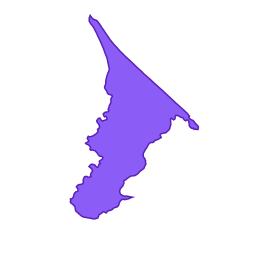 the district of Jandaíra, Bahia, Brazil, rotated 286°
{"feature_id": "56859067B28100829711010", "entity_name": "Jandaíra", "entity_type": "district", "adm_level": 2, "iso_a3": "BRA", "parent_name": "Brazil", "parent_adm1": "Bahia", "projection": "mercator", "projection_center": [-37.598, -11.607], "detail": "fine", "context": "isolated", "style": "filled", "palette": "violet", "viewbox_px": 256, "rotation_deg": 286, "n_neighbors": 0, "source": "geoboundaries", "source_scale": "gbopen_adm2", "svg_char_len": 4429}
<svg xmlns="http://www.w3.org/2000/svg" viewBox="0 0 256 256"><g transform="rotate(286 128 128)"><path d="M41.3,92.8L40.2,93.6L39.9,94.8L39.0,96.8L37.6,98.8L35.8,99.6L34.0,100.5L33.1,102.2L32.5,103.4L31.7,105.0L31.1,106.4L30.5,107.7L30.2,109.1L30.3,111.0L30.8,115.9L31.1,119.3L31.3,120.7L32.3,122.5L33.2,123.8L35.4,124.0L37.1,124.2L37.9,125.4L39.4,126.4L40.8,127.4L40.6,129.0L40.3,130.4L41.9,131.1L43.1,131.9L43.6,133.1L44.5,134.5L45.7,135.6L47.3,136.4L48.2,137.8L49.0,139.1L50.2,140.0L51.9,140.4L53.0,140.2L54.7,140.4L56.6,141.2L58.2,142.6L58.1,143.9L58.7,145.5L59.8,147.4L60.4,148.5L61.4,149.5L62.7,151.3L62.1,144.9L61.5,143.8L61.4,142.6L61.7,141.0L62.2,139.2L63.1,138.3L64.9,137.4L67.2,137.3L68.7,137.9L69.9,138.5L71.1,139.1L72.4,139.1L74.1,139.3L75.2,138.7L76.4,138.6L77.5,140.1L78.8,140.8L79.8,141.6L80.9,142.4L81.9,143.4L83.0,144.7L83.4,146.1L84.1,147.6L85.6,149.2L87.3,150.4L89.3,151.2L90.7,152.3L92.1,153.4L93.5,154.4L95.2,154.6L96.8,154.7L98.2,155.2L99.5,154.4L101.3,154.0L102.3,153.2L103.7,152.0L104.6,150.6L106.0,150.1L107.9,149.7L109.1,150.0L110.8,150.4L112.3,150.6L113.8,151.4L115.6,151.7L117.0,152.0L119.3,152.8L120.4,154.0L120.6,155.3L121.7,156.7L123.2,157.1L124.0,158.3L125.6,160.3L126.9,161.4L128.0,162.6L129.0,161.7L130.2,160.7L131.4,161.2L132.2,162.3L133.0,163.9L133.7,165.5L134.8,166.3L136.2,167.1L137.5,167.9L139.3,168.3L141.0,168.1L142.9,168.3L144.2,167.8L146.4,167.1L147.9,166.4L149.3,166.9L148.9,168.2L148.4,169.6L149.9,170.7L151.4,170.2L153.3,170.6L153.7,172.0L153.4,173.9L152.9,175.8L152.9,178.0L151.9,179.1L151.1,180.2L150.8,181.4L151.8,182.2L152.1,183.4L151.1,184.6L149.9,185.0L148.6,185.9L147.3,186.1L146.4,186.9L145.6,188.4L145.2,189.8L145.8,191.0L144.9,191.9L145.6,193.2L145.5,194.5L145.8,195.6L147.2,195.6L148.6,195.3L149.5,194.3L150.1,193.1L150.7,192.0L151.5,190.7L152.4,189.8L153.2,188.4L153.3,187.1L153.8,185.1L154.9,183.4L156.3,183.9L157.1,182.5L158.1,181.5L159.0,179.8L159.6,178.6L160.2,177.4L160.8,176.2L161.5,174.7L162.2,173.2L162.9,172.0L163.4,170.8L164.1,169.4L164.8,168.0L165.3,166.8L166.1,165.4L166.8,164.0L167.5,162.7L168.5,160.7L169.4,158.9L170.2,157.3L170.8,156.2L171.4,155.0L172.1,153.6L172.8,152.3L173.4,151.1L174.2,149.4L174.9,148.0L176.3,145.0L176.9,144.0L177.6,142.3L179.0,139.6L179.7,138.2L180.4,136.9L181.1,135.5L181.6,134.4L182.7,132.0L183.5,130.5L184.2,128.7L185.4,126.7L186.2,125.3L187.6,122.3L188.8,119.9L190.3,117.1L191.4,115.0L192.8,112.3L194.1,109.8L195.1,107.8L195.9,106.1L197.0,104.1L198.2,102.0L199.6,99.2L201.6,96.2L202.4,95.0L203.8,92.5L205.0,90.6L205.9,89.4L206.9,87.9L208.5,85.7L209.8,84.3L210.6,83.3L211.7,82.0L212.8,80.6L213.6,79.6L215.1,77.9L216.5,76.2L217.5,74.9L218.5,73.8L219.7,72.5L220.9,71.0L221.9,69.5L222.7,68.4L222.9,66.9L222.8,65.6L223.8,63.1L225.8,60.6L223.2,60.4L220.1,61.2L217.9,63.5L216.5,65.5L215.0,67.4L210.8,71.3L206.7,74.9L204.7,76.7L201.1,79.6L197.8,82.4L194.6,84.6L189.1,88.8L184.4,91.2L181.8,92.6L179.9,93.7L178.7,93.9L177.3,93.8L174.5,93.5L172.0,93.4L169.8,93.5L167.4,93.6L165.6,94.1L164.4,94.4L162.8,94.3L161.1,94.1L159.8,94.8L158.7,96.0L157.8,97.2L156.6,98.1L155.7,98.8L155.1,99.9L155.0,101.4L155.2,103.2L154.0,104.3L152.7,103.7L150.7,103.6L149.3,104.2L148.0,104.6L146.6,104.3L144.8,103.9L142.4,104.0L140.5,103.7L139.6,104.8L138.1,104.4L137.4,102.8L136.8,101.6L135.7,100.8L134.6,100.3L133.6,100.9L132.2,102.3L133.1,103.7L132.1,104.8L130.6,105.3L129.7,104.5L128.9,103.2L127.9,102.0L127.8,100.7L128.7,99.5L129.8,98.3L129.1,96.9L127.8,96.4L126.7,95.9L125.1,96.6L124.2,98.1L123.0,99.4L121.9,100.0L120.4,100.5L119.2,99.7L118.2,99.1L117.2,100.0L115.2,99.8L113.7,99.0L112.8,98.2L111.9,97.5L110.7,96.4L109.8,95.1L108.9,93.6L109.1,92.1L107.6,91.7L106.4,91.9L105.7,93.0L104.6,94.0L103.2,92.8L101.7,91.4L101.0,92.6L101.0,94.4L100.0,96.3L98.7,97.5L97.3,97.2L96.4,98.0L96.9,99.4L97.0,100.5L97.1,102.6L95.9,104.5L95.0,105.9L93.9,107.1L93.1,108.6L93.5,110.9L92.4,112.1L91.0,111.9L89.7,110.8L88.3,109.6L86.8,110.1L86.1,111.2L84.9,110.0L83.6,110.0L82.2,110.0L81.7,108.9L82.3,107.8L83.2,106.5L83.5,104.8L83.1,102.8L81.9,101.9L80.2,101.1L79.4,102.7L79.0,104.1L78.0,104.9L76.7,105.9L75.2,105.2L74.1,104.8L72.3,105.0L71.1,105.9L70.4,104.8L69.6,103.2L70.1,102.1L69.9,100.9L69.1,99.6L67.8,99.4L65.8,99.2L64.1,99.8L62.9,100.2L61.8,99.6L60.7,98.1L60.1,96.5L58.9,95.2L57.1,94.6L56.5,95.5L55.7,96.5L54.4,97.2L53.1,97.0L52.1,95.3L50.2,94.4L48.1,94.4L46.3,94.5L44.9,93.8L43.9,92.2L42.7,93.0L41.3,92.8Z" fill="#8b5cf6" stroke="#5b21b6" stroke-width="1.5"/></g></svg>